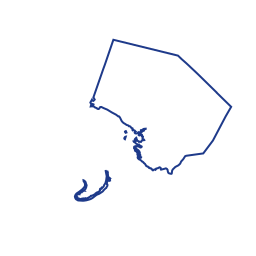 East Malaita, Malaita, Solomon Islands, rotated 134°
{"feature_id": "97153195B67887401050589", "entity_name": "East Malaita", "entity_type": "district", "adm_level": 2, "iso_a3": "SLB", "parent_name": "Solomon Islands", "parent_adm1": "Malaita", "projection": "albers", "projection_center": [160.97, -8.778], "detail": "fine", "context": "isolated", "style": "outline", "palette": "blue", "viewbox_px": 256, "rotation_deg": 134, "n_neighbors": 0, "source": "geoboundaries", "source_scale": "gbopen_adm2", "svg_char_len": 5937}
<svg xmlns="http://www.w3.org/2000/svg" viewBox="0 0 256 256"><g transform="rotate(134 128 128)"><path d="M94.0,56.2L78.0,58.2L51.9,65.8L41.1,68.5L41.0,88.6L40.9,88.7L40.7,115.8L40.9,130.8L41.2,137.2L41.2,142.3L74.7,199.8L98.4,188.7L102.9,186.7L129.9,174.2L130.7,171.7L132.5,171.7L133.1,172.7L132.7,173.6L135.8,172.8L136.2,171.8L135.5,170.4L136.2,170.4L136.0,169.5L135.4,169.6L135.1,169.1L136.3,168.5L137.7,170.2L138.4,169.8L137.4,169.0L136.5,167.8L136.1,166.6L136.2,166.1L136.0,165.6L135.4,164.3L135.5,163.5L135.1,162.7L134.7,162.3L133.9,162.2L133.3,162.3L132.8,162.6L132.3,162.5L131.9,162.3L131.4,161.8L130.6,159.3L129.2,155.7L128.0,150.3L126.7,145.8L126.4,143.0L126.0,142.8L125.9,142.6L126.0,141.2L127.3,137.6L127.5,136.5L127.5,134.7L127.0,132.7L126.8,131.2L126.0,129.6L125.9,129.1L126.1,128.6L125.6,128.0L125.3,127.3L125.6,125.8L125.4,124.9L125.1,124.6L125.1,124.4L125.5,124.0L126.3,123.6L126.4,123.1L125.6,123.0L125.5,121.9L125.2,121.5L125.2,121.0L125.4,120.7L125.3,120.2L126.0,120.4L126.3,120.3L126.7,120.0L126.8,119.7L126.8,119.0L126.3,118.3L125.2,117.6L124.3,117.6L123.5,117.4L123.1,116.4L122.3,116.3L121.4,116.5L120.7,117.1L120.5,116.8L119.8,116.7L119.3,116.4L118.0,116.2L117.6,116.0L116.2,114.8L116.4,114.6L117.6,115.2L118.9,114.7L120.3,115.4L120.8,115.3L122.1,115.6L123.0,115.6L124.4,115.9L125.1,115.7L125.3,115.3L125.6,115.3L125.6,114.9L125.2,114.4L124.0,114.0L123.3,114.0L123.2,113.2L123.6,112.7L124.2,112.4L124.4,112.1L124.2,111.5L123.9,111.2L124.4,110.8L125.2,110.5L125.5,110.2L125.5,109.1L125.2,108.5L125.4,107.9L125.8,108.1L126.1,108.6L127.4,109.4L128.1,109.1L128.5,109.2L129.0,109.0L129.5,109.6L129.7,110.0L130.3,110.4L130.1,110.7L130.1,111.0L130.7,112.4L130.1,113.7L130.0,114.4L129.4,114.9L129.3,115.3L131.1,115.3L131.2,115.2L131.7,115.1L131.8,115.0L131.8,114.7L131.7,114.5L131.4,114.6L131.3,114.3L131.0,113.3L131.1,112.8L133.7,114.7L133.9,114.1L133.4,113.1L133.6,112.5L133.6,111.5L133.1,109.4L132.8,109.1L132.7,108.8L132.3,108.6L132.5,108.1L131.8,105.3L132.0,105.1L132.8,105.1L133.5,105.6L133.5,106.5L134.5,108.3L135.2,109.4L135.5,109.5L136.0,110.2L136.3,110.2L136.8,109.3L137.1,107.4L137.1,106.1L136.8,105.2L137.0,104.5L136.9,103.8L137.5,102.4L137.8,102.3L138.5,101.4L138.8,100.5L140.1,99.1L139.9,98.2L140.1,98.1L140.7,98.9L140.9,99.3L140.8,99.7L140.3,100.5L139.3,100.6L138.9,100.8L138.1,102.4L138.9,102.7L139.6,103.3L140.0,103.3L140.3,103.0L140.5,102.8L140.4,102.5L140.7,102.5L140.8,102.1L140.9,101.5L141.4,101.3L141.4,101.1L141.8,100.8L142.3,100.7L142.4,100.4L142.7,100.3L142.9,99.8L142.9,98.5L142.3,98.2L142.6,98.1L142.6,97.7L142.4,97.6L142.4,96.5L142.2,95.7L142.4,94.8L142.2,94.4L142.0,93.6L142.1,93.2L142.0,92.6L142.2,92.3L142.0,90.8L142.3,89.9L142.4,88.7L142.6,88.6L142.6,88.2L142.4,88.0L142.3,87.4L142.0,87.0L142.1,86.5L141.8,86.0L142.1,85.3L141.8,85.0L141.8,84.5L141.5,84.3L141.4,83.5L141.0,83.2L141.0,82.2L141.3,81.5L141.2,80.7L140.7,80.4L139.9,80.4L139.5,80.2L139.1,79.9L139.0,79.2L138.5,79.2L138.3,79.5L137.8,79.6L136.4,78.8L136.3,78.6L134.5,78.1L134.2,77.8L134.1,76.5L134.8,75.9L135.0,75.3L132.3,73.6L130.7,72.7L130.4,71.5L130.6,70.5L131.5,69.3L132.2,68.0L132.1,67.0L131.0,65.1L130.4,64.9L127.9,66.7L126.6,67.0L123.1,66.9L119.8,65.8L117.4,65.7L115.2,66.5L112.1,66.6L108.6,67.3L107.5,66.8L94.0,56.2ZM215.3,115.7L214.8,113.6L211.9,110.2L211.0,109.3L208.9,107.7L206.2,106.1L205.0,105.5L203.0,104.9L198.3,104.2L197.2,103.9L195.8,103.2L194.4,102.8L191.2,102.1L188.9,102.3L186.9,102.2L186.3,102.0L185.2,102.4L184.1,102.6L183.3,103.1L183.0,103.5L183.1,104.0L182.0,105.2L181.7,105.4L179.5,106.1L178.4,106.8L178.2,107.2L177.7,106.9L177.9,107.3L177.6,107.4L177.5,107.9L175.8,109.6L174.9,110.8L174.1,111.4L173.5,112.5L174.2,113.3L174.2,114.1L174.4,114.2L177.5,109.8L180.9,107.3L183.5,105.9L185.7,105.5L186.2,105.2L187.3,104.9L189.4,105.0L188.9,105.3L189.0,105.5L189.4,105.4L189.7,105.0L190.2,105.5L191.1,105.8L191.6,105.4L191.6,105.2L191.8,105.1L192.0,105.2L192.4,104.7L193.3,104.7L195.9,105.2L196.0,105.4L195.6,105.3L195.7,105.5L197.5,105.9L197.8,105.7L200.2,106.3L202.3,107.2L202.3,107.4L202.4,107.5L202.6,107.6L202.8,107.4L203.0,107.3L207.0,108.6L207.7,109.2L208.1,109.9L208.6,109.7L208.6,110.0L208.8,110.0L209.3,110.1L209.7,110.5L209.6,111.1L210.0,111.4L210.1,111.2L209.9,111.0L209.9,110.7L210.1,110.7L210.2,111.2L210.5,111.1L210.8,111.4L211.1,111.6L211.1,112.0L210.9,111.9L210.8,111.7L210.9,112.1L211.2,112.3L211.6,112.2L211.9,112.4L212.3,113.1L212.6,113.5L212.7,114.0L213.2,114.2L213.6,114.7L213.4,114.7L213.5,115.2L213.3,115.3L213.4,115.5L213.3,116.2L212.9,116.5L213.0,117.3L212.5,117.9L211.5,118.3L210.7,118.3L209.5,117.0L209.4,117.2L209.8,117.6L209.6,117.7L209.8,118.0L209.7,118.1L209.4,118.0L208.6,117.1L208.3,117.1L208.2,117.4L206.8,117.1L206.6,116.9L206.4,117.1L205.8,116.6L204.2,116.4L204.0,116.6L203.6,116.1L203.6,116.4L203.4,116.4L203.1,116.1L201.2,116.3L199.7,116.9L197.9,118.0L197.2,119.6L196.5,120.7L196.2,121.6L196.3,122.1L196.4,123.5L196.5,123.7L197.1,123.0L197.5,121.3L198.0,120.3L199.0,119.2L200.0,118.5L202.3,118.3L204.0,118.3L207.6,118.8L210.8,119.5L212.3,119.4L213.9,118.8L214.2,118.6L214.9,117.5L215.3,116.3L215.3,115.7ZM139.5,106.9L139.3,106.2L138.7,105.8L137.9,105.9L137.6,106.2L137.3,108.1L137.4,109.0L137.1,109.8L137.4,110.4L137.6,110.3L137.8,110.0L138.3,109.6L138.1,109.0L137.7,108.8L138.9,108.1L139.5,106.9ZM138.3,122.8L138.2,122.4L135.8,123.6L136.1,123.8L136.5,123.9L137.7,123.7L138.1,123.4L138.3,122.8ZM138.8,103.1L138.6,102.7L138.0,102.8L137.9,103.6L137.3,104.2L137.4,104.4L138.2,104.6L138.5,104.4L138.8,103.7L138.8,103.1ZM179.1,104.9L178.9,104.6L178.3,104.4L178.0,105.0L177.8,105.0L176.9,105.7L177.0,105.9L176.7,106.2L176.8,106.4L176.8,106.7L177.2,106.3L177.3,106.0L177.6,105.5L177.9,105.4L178.5,105.6L179.0,105.3L179.1,104.9ZM133.1,126.4L132.3,126.0L131.7,127.3L132.0,127.6L132.7,127.7L132.9,127.5L132.9,127.2L133.1,126.4ZM139.3,104.6L139.0,104.2L138.7,104.2L138.5,104.7L138.6,105.0L138.9,105.1L139.2,104.9L139.3,104.6Z" fill="none" stroke="#1e3a8a" stroke-width="2"/></g></svg>